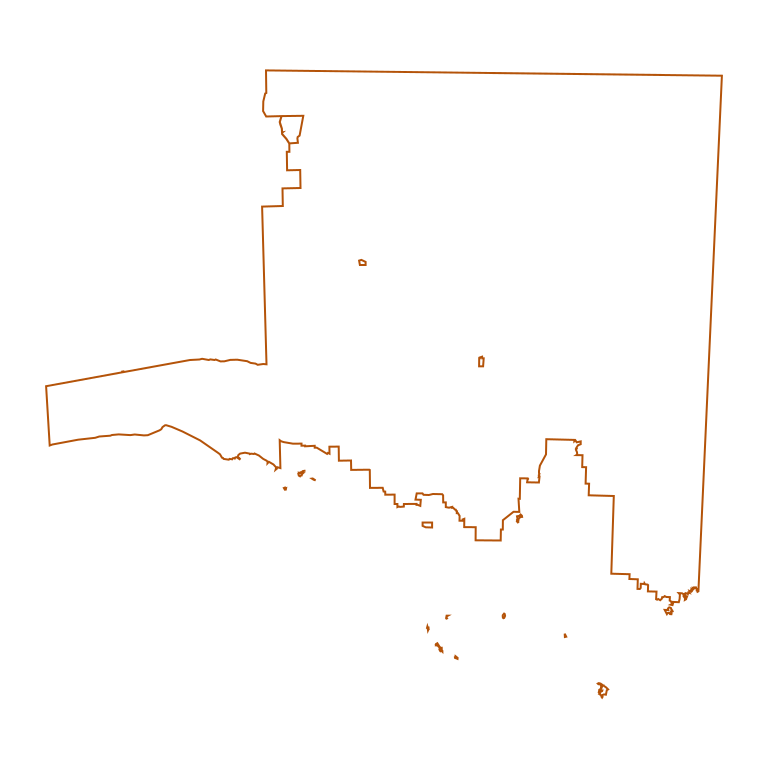 outline of Unincorporated SA, South Australia, Australia
{"feature_id": "25037944B19571193858150", "entity_name": "Unincorporated SA", "entity_type": "district", "adm_level": 2, "iso_a3": "AUS", "parent_name": "Australia", "parent_adm1": "South Australia", "projection": "orthographic", "projection_center": [135.729, -30.866], "detail": "fine", "context": "isolated", "style": "outline", "palette": "amber", "viewbox_px": 768, "rotation_deg": 0, "n_neighbors": 0, "source": "geoboundaries", "source_scale": "gbopen_adm2", "svg_char_len": 6133}
<svg xmlns="http://www.w3.org/2000/svg" viewBox="0 0 768 768"><path d="M698.4,591.3L721.9,75.7L266.0,70.4L266.3,93.0L265.2,93.5L263.3,101.4L263.1,111.1L266.2,116.5L281.5,116.1L279.7,122.0L280.3,124.5L281.8,128.6L282.1,134.1L286.3,138.9L289.3,143.6L289.4,151.8L286.8,151.8L287.1,170.3L300.2,170.0L300.5,188.0L282.5,188.4L282.8,206.0L262.1,206.6L266.5,364.3L263.2,364.0L257.7,364.8L255.5,363.6L250.6,362.9L247.2,361.2L237.2,359.7L230.3,359.9L224.4,361.3L220.5,361.4L215.7,359.5L214.6,360.0L210.3,359.4L208.8,360.0L202.1,358.8L199.4,359.5L190.0,360.0L123.5,372.1L123.4,371.4L122.2,371.6L122.3,372.3L46.1,386.2L49.7,445.5L52.4,444.5L78.1,439.7L95.2,437.8L99.3,436.5L110.3,435.7L112.0,435.0L118.7,434.4L130.4,435.1L134.7,434.5L143.9,435.4L147.8,435.2L159.6,430.3L161.3,429.2L162.5,427.1L165.0,425.3L166.1,425.2L171.5,426.8L182.5,431.5L200.1,440.4L217.7,452.6L220.0,454.3L222.0,457.7L223.0,458.0L223.6,458.9L228.8,459.7L229.5,458.9L232.2,459.3L232.7,458.3L234.7,458.0L234.9,458.3L235.4,457.4L236.6,457.2L239.6,459.2L239.9,458.8L239.0,457.8L238.0,457.7L237.7,456.8L238.4,455.0L240.1,453.6L245.0,452.7L249.6,453.6L249.8,454.1L251.3,453.7L253.9,454.0L254.5,453.5L258.9,455.5L263.2,458.9L266.6,460.7L267.6,461.7L267.5,463.3L268.9,461.8L273.5,464.5L276.2,467.5L275.6,469.7L276.8,468.7L276.5,468.0L277.2,467.2L280.4,468.1L279.7,440.2L281.2,441.3L283.7,442.1L293.1,443.7L301.5,443.6L301.5,445.7L305.1,445.6L305.1,446.3L314.7,445.8L314.7,447.7L316.8,447.7L327.1,453.9L327.9,452.9L329.5,453.7L329.4,446.7L338.7,446.6L338.9,460.7L351.0,460.5L351.2,469.9L369.2,469.7L369.8,470.0L370.0,487.9L382.7,487.8L383.6,491.5L385.2,491.6L385.3,494.7L394.6,494.6L394.6,504.0L397.4,504.0L397.4,507.1L398.9,506.5L400.0,506.9L403.8,506.6L403.9,504.0L416.5,503.9L416.5,504.9L417.8,504.9L420.3,505.9L420.8,499.8L415.5,499.6L416.7,493.4L422.5,493.4L423.5,494.8L428.9,495.0L432.9,494.0L442.2,494.2L443.1,495.3L443.2,502.4L445.8,502.4L445.8,507.1L449.0,507.7L452.1,506.9L452.0,507.8L453.2,507.8L455.0,509.6L455.8,509.7L456.5,511.4L457.0,511.4L456.8,513.1L457.9,513.1L459.6,515.9L459.5,520.7L463.6,520.8L462.8,519.4L464.3,518.8L464.2,527.1L475.7,527.2L475.6,540.3L500.7,540.5L500.9,529.5L502.8,529.5L502.9,520.2L513.5,511.8L519.3,511.9L518.5,498.7L519.8,498.8L520.2,478.3L527.8,478.4L528.1,478.9L527.5,479.9L527.1,482.3L538.9,482.5L539.5,477.0L538.7,477.1L539.2,475.5L538.8,475.1L539.5,473.8L539.0,473.2L539.0,471.0L539.9,465.6L546.0,454.4L546.3,439.2L574.3,439.9L574.3,441.3L575.4,440.3L576.7,442.3L580.7,441.4L580.7,444.2L578.0,445.3L576.1,448.3L576.7,448.7L575.9,449.7L577.0,452.2L577.2,454.5L576.3,455.1L582.5,455.2L582.2,467.1L586.1,467.2L585.6,483.6L589.1,483.7L588.7,495.3L613.8,496.0L611.3,573.7L629.6,574.2L629.4,579.0L637.8,579.3L637.5,588.9L639.8,589.0L640.7,587.9L640.8,583.8L644.2,584.0L644.4,583.2L645.1,584.3L647.6,584.6L648.1,585.1L647.9,591.4L656.5,591.6L656.1,599.2L657.1,599.7L658.2,599.0L660.2,600.2L661.8,598.7L662.2,597.1L663.6,597.1L664.7,596.1L666.3,597.0L669.9,597.1L669.7,600.6L670.7,601.1L672.3,603.8L670.6,604.7L672.5,605.1L673.2,602.9L672.9,602.9L672.9,601.9L678.8,602.2L679.6,599.0L679.9,594.5L678.7,593.1L682.1,593.3L683.2,594.0L683.7,594.9L683.5,596.1L685.1,598.5L684.9,599.9L686.1,599.2L686.3,598.4L685.8,598.2L686.3,597.3L685.8,596.7L686.9,596.9L687.1,596.4L685.1,596.3L685.6,595.7L684.5,593.8L685.7,593.1L687.9,594.0L688.2,592.6L689.3,592.9L688.8,592.2L689.8,591.9L689.5,591.1L689.9,591.3L690.7,590.4L691.2,591.0L691.3,590.5L692.0,590.9L692.3,590.3L691.9,589.3L692.7,589.7L693.5,589.2L693.8,588.4L692.9,588.5L692.7,587.8L694.3,588.0L694.2,587.4L696.0,587.4L696.2,588.4L696.8,588.8L696.7,589.6L697.3,589.8L697.0,590.4L697.6,590.5L697.2,590.9L697.5,591.8L698.4,591.3ZM289.3,143.4L286.4,138.8L282.2,134.0L282.1,132.8L282.7,132.3L282.1,132.4L281.9,128.6L279.8,122.0L281.6,116.1L303.3,115.8L299.6,135.6L297.7,137.0L297.4,138.4L297.9,142.8L289.3,143.4ZM483.7,358.3L483.1,366.3L479.1,366.3L479.2,358.2L479.8,358.2L479.7,357.5L482.1,356.7L482.2,358.3L483.7,358.3ZM361.4,259.9L365.6,261.9L365.6,265.0L359.9,265.0L359.1,260.6L361.4,259.9ZM597.8,683.6L598.4,684.2L600.3,684.4L601.3,685.9L602.2,685.8L601.0,687.0L601.0,688.0L601.7,687.5L601.3,688.5L599.4,689.7L599.8,690.6L602.3,690.5L602.1,691.1L599.4,692.2L598.9,691.8L598.8,692.3L599.7,692.6L599.3,693.6L600.0,693.5L599.8,694.2L600.4,694.9L601.6,695.3L601.5,695.8L601.9,696.0L601.5,696.8L602.1,697.6L602.6,696.8L601.9,695.3L604.0,694.4L605.9,694.7L606.8,690.2L608.1,689.4L606.1,687.4L600.6,683.6L598.8,683.1L597.8,683.6ZM422.6,522.5L422.6,525.9L425.7,527.3L432.1,527.5L432.1,522.5L422.6,522.5ZM664.7,609.9L666.9,614.1L667.6,613.0L669.0,612.8L669.9,613.3L669.6,613.6L670.0,614.1L671.4,614.2L671.6,613.2L671.1,611.7L672.6,611.3L672.2,610.3L671.5,610.3L671.1,608.2L669.6,607.4L668.9,607.5L667.9,608.6L668.3,610.1L664.7,609.9ZM517.8,522.4L518.2,522.1L517.6,521.1L518.3,521.1L518.5,519.9L518.2,520.2L518.1,519.7L519.0,518.2L520.7,517.0L522.1,516.9L521.9,515.7L520.6,514.5L519.4,515.8L517.0,516.3L517.5,518.7L516.9,520.0L517.2,520.9L516.9,521.4L517.8,522.4ZM437.5,645.5L440.0,648.1L440.1,648.9L439.4,649.3L439.9,650.6L440.5,651.3L441.6,650.9L442.4,651.7L442.4,650.9L441.8,650.4L441.7,647.8L440.9,647.9L439.6,646.8L437.3,643.2L436.0,644.0L435.8,644.5L436.4,644.7L436.1,645.4L437.5,645.5ZM298.3,473.7L298.8,475.6L300.0,476.3L300.5,475.4L301.6,475.5L302.2,473.9L303.1,473.1L302.3,473.1L302.3,472.2L303.9,470.9L305.5,470.6L302.8,471.1L300.5,473.0L300.2,473.0L300.2,472.7L301.1,471.9L299.7,472.9L298.8,472.7L298.9,473.3L298.3,473.7ZM504.1,613.6L502.8,615.2L502.7,616.0L502.9,617.7L503.4,618.2L504.2,617.9L505.1,615.9L504.7,614.0L504.1,613.6ZM455.4,657.0L454.9,657.2L455.0,657.9L457.5,658.9L457.6,657.9L455.5,656.2L455.4,657.0ZM427.7,628.4L428.0,630.4L428.4,629.5L429.2,629.8L428.5,629.0L428.5,627.4L427.6,627.2L427.4,626.5L427.0,628.0L427.7,628.4ZM564.7,633.7L564.9,637.0L566.2,636.7L564.7,633.7ZM284.9,489.7L285.8,489.6L286.1,488.1L285.1,488.4L284.9,487.6L283.9,488.0L284.9,489.7ZM311.9,478.6L313.6,479.7L315.6,480.4L312.9,478.6L313.3,478.4L311.9,478.6ZM446.5,617.9L447.0,616.2L447.9,615.7L446.6,615.7L446.1,618.2L446.4,618.6L446.9,618.4L446.5,617.9Z" fill="none" stroke="#b45309" stroke-width="2"/></svg>